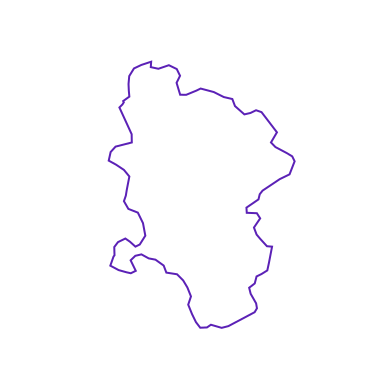 outline of Jinju-si, South Gyeongsang, South Korea, rotated 64°
{"feature_id": "91817680B32789615967236", "entity_name": "Jinju-si", "entity_type": "district", "adm_level": 2, "iso_a3": "KOR", "parent_name": "South Korea", "parent_adm1": "South Gyeongsang", "projection": "orthographic", "projection_center": [128.134, 35.192], "detail": "fine", "context": "isolated", "style": "outline", "palette": "violet", "viewbox_px": 384, "rotation_deg": 64, "n_neighbors": 0, "source": "geoboundaries", "source_scale": "gbopen_adm2", "svg_char_len": 1421}
<svg xmlns="http://www.w3.org/2000/svg" viewBox="0 0 384 384"><g transform="rotate(64 192 192)"><path d="M175.6,89.5L150.7,94.5L146.6,98.6L146.6,104.8L145.2,110.9L133.6,115.7L126.1,115.0L120.6,121.8L111.7,128.6L102.8,138.9L102.8,143.6L102.1,154.6L99.4,160.0L87.1,158.0L82.3,151.8L74.8,151.8L67.9,157.2L66.5,168.2L61.7,174.3L57.0,171.6L55.6,181.8L55.5,190.0L60.3,197.6L67.1,201.7L73.3,204.4L78.8,206.5L80.1,214.0L81.5,214.0L82.8,216.1L84.2,220.2L113.6,220.9L121.1,224.4L117.7,240.8L120.4,247.6L127.3,253.1L134.1,248.3L142.3,243.5L150.6,241.5L161.5,249.7L166.3,253.1L170.4,257.2L179.3,256.6L186.8,249.7L198.5,249.7L210.8,253.1L216.3,262.0L216.3,266.8L209.4,269.6L204.6,272.3L204.6,280.5L207.4,286.0L214.9,289.4L215.6,290.8L222.4,297.7L230.0,292.2L235.5,286.0L238.2,282.6L238.2,277.1L226.5,277.1L224.5,270.9L225.9,264.8L232.7,260.0L236.8,254.5L245.7,249.7L253.2,250.4L259.4,241.5L267.6,238.7L275.8,238.0L285.4,238.7L291.6,244.8L301.8,245.5L310.7,245.5L317.6,244.1L320.3,237.9L319.6,233.2L327.1,224.9L328.5,218.1L327.5,188.4L325.0,184.6L320.2,183.2L309.2,183.9L303.1,182.6L301.7,175.7L296.2,171.0L296.2,165.5L295.5,158.7L289.4,153.9L276.2,144.0L273.6,148.4L264.1,151.2L258.6,152.6L251.1,151.9L245.6,142.3L239.5,143.0L234.7,151.9L229.9,149.9L227.8,135.5L223.7,132.1L221.7,128.0L218.9,107.5L218.9,96.6L209.4,86.3L203.9,86.3L198.5,89.8L188.2,97.3L182.1,99.3L175.6,89.5Z" fill="none" stroke="#5b21b6" stroke-width="2"/></g></svg>